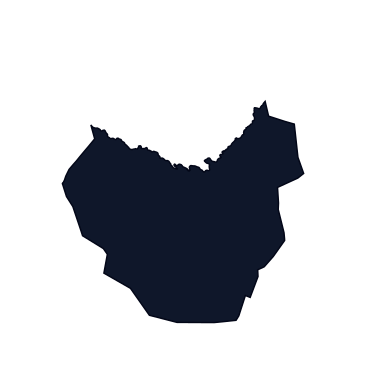 the district of Saixan, Bulgan, Mongolia, rotated 223°
{"feature_id": "93677404B96562605257028", "entity_name": "Saixan", "entity_type": "district", "adm_level": 2, "iso_a3": "MNG", "parent_name": "Mongolia", "parent_adm1": "Bulgan", "projection": "robinson", "projection_center": [102.704, 48.597], "detail": "fine", "context": "isolated", "style": "filled", "palette": "ink", "viewbox_px": 384, "rotation_deg": 223, "n_neighbors": 0, "source": "geoboundaries", "source_scale": "gbopen_adm2", "svg_char_len": 5945}
<svg xmlns="http://www.w3.org/2000/svg" viewBox="0 0 384 384"><g transform="rotate(223 192 192)"><path d="M72.3,128.2L73.3,133.3L82.4,152.7L77.6,154.6L86.1,175.2L90.9,179.9L88.2,186.6L88.6,200.2L91.2,219.7L92.3,220.8L97.0,225.0L117.0,238.0L121.2,242.9L132.6,253.7L124.1,274.4L123.0,281.7L138.2,289.6L163.5,311.4L172.1,307.0L187.7,299.7L200.3,308.1L200.2,305.9L200.0,304.8L199.5,304.0L199.5,303.8L199.8,303.0L199.9,302.5L199.7,301.9L199.8,301.4L199.8,301.2L199.4,300.0L199.3,299.5L199.4,299.1L199.5,298.8L199.8,298.6L200.2,298.4L201.7,297.7L203.2,296.7L203.7,296.3L203.7,295.9L203.5,295.5L202.8,294.9L202.2,294.0L202.0,293.8L200.6,292.8L200.5,292.6L200.5,292.3L200.5,291.3L200.4,290.9L200.3,290.7L199.8,290.2L199.4,290.0L197.8,289.5L197.0,289.0L196.6,288.6L196.0,287.9L195.4,286.7L196.0,285.6L196.1,285.2L195.8,284.7L194.7,283.5L194.6,283.3L194.6,282.8L194.9,282.1L195.2,281.7L195.1,279.6L195.3,279.3L195.5,278.4L195.8,277.6L195.6,276.6L195.7,276.4L196.1,276.1L196.2,275.9L196.2,275.7L195.9,275.4L195.5,275.3L195.3,275.1L195.2,275.0L195.4,274.4L195.5,274.1L195.6,273.6L195.8,273.1L195.6,271.9L195.4,271.6L195.0,271.3L194.7,270.6L193.9,270.0L193.5,269.4L193.5,269.2L194.0,268.2L194.0,267.8L193.8,267.2L193.8,266.3L193.4,265.9L193.4,264.9L193.7,264.0L194.3,262.9L194.7,262.5L195.1,262.1L196.3,261.8L196.5,261.7L196.6,261.2L196.5,260.5L196.6,260.3L196.6,260.2L196.2,260.0L195.7,260.3L195.6,260.2L195.8,259.8L195.7,257.4L195.8,256.1L195.9,255.7L195.7,254.1L195.7,253.8L195.2,252.9L195.2,252.6L195.2,252.3L195.4,251.8L195.7,251.2L195.8,250.7L196.2,250.3L196.3,249.8L196.3,249.4L196.1,249.1L195.4,248.5L195.3,248.0L195.4,247.9L195.6,247.7L195.9,246.7L196.0,246.4L195.9,246.2L196.1,245.7L196.1,245.4L196.2,244.4L196.0,243.9L196.1,243.6L196.2,243.4L196.4,243.2L196.7,243.2L196.7,243.3L196.7,243.5L196.9,243.6L197.0,243.5L197.1,242.8L197.3,242.4L197.3,242.1L197.2,241.8L197.1,241.6L196.7,241.5L195.7,241.3L195.4,241.0L195.5,240.6L195.6,240.3L196.0,239.6L196.5,239.1L196.7,238.8L196.8,238.5L196.6,237.8L196.3,237.6L196.0,237.4L194.6,237.3L194.4,237.2L194.3,236.8L194.3,236.4L194.9,235.7L195.1,235.3L195.4,233.8L195.4,233.5L195.2,233.1L195.2,232.6L195.1,232.4L194.7,232.0L194.6,231.7L194.5,231.3L194.6,230.9L194.9,230.1L195.2,229.9L196.7,229.2L197.5,228.6L198.1,228.3L198.8,228.2L199.4,228.2L200.5,228.4L201.7,228.7L202.2,228.7L202.5,228.6L202.8,228.4L203.4,227.5L203.5,227.2L203.5,226.0L203.5,225.8L203.9,225.3L204.0,224.9L204.2,224.2L204.3,223.9L204.3,223.5L204.0,223.2L203.8,223.1L203.6,223.1L202.5,223.1L201.3,223.1L200.9,223.2L200.2,223.6L198.9,224.1L198.7,224.1L198.3,224.1L198.0,224.0L197.6,223.7L197.4,223.4L197.3,223.0L197.2,222.8L195.6,221.3L194.5,220.7L194.3,220.4L194.1,220.0L194.2,219.3L194.6,218.8L195.6,218.3L196.2,217.8L196.4,217.4L196.6,216.7L196.6,216.4L196.4,215.7L196.6,215.2L196.8,215.0L197.0,214.8L197.3,214.7L197.8,214.6L198.1,214.6L199.2,214.8L199.6,214.8L200.6,214.4L201.4,214.3L202.3,214.4L202.8,214.6L203.6,214.7L204.0,214.6L205.1,214.0L207.3,213.2L207.7,213.0L209.1,211.8L210.8,210.6L211.1,210.0L211.1,209.0L210.9,208.4L210.7,208.2L209.5,207.5L208.9,206.9L208.7,206.7L208.3,206.5L208.3,206.2L208.3,205.9L208.5,205.6L208.8,205.2L209.2,205.0L209.7,204.9L211.0,205.1L210.8,205.4L209.9,205.5L210.1,205.6L211.1,205.6L212.0,205.5L213.0,205.2L214.3,204.8L215.0,204.5L215.5,204.3L216.3,204.3L216.8,204.4L217.0,204.5L218.5,204.6L218.9,204.4L219.8,204.0L220.1,203.8L220.4,203.4L220.6,202.9L220.7,202.5L220.6,201.5L220.8,201.3L221.2,200.9L221.7,200.7L222.1,200.6L223.4,200.7L223.6,200.6L223.8,200.4L223.8,200.1L223.8,199.8L223.3,199.3L223.0,199.1L222.7,199.1L221.9,199.1L221.2,199.3L220.6,199.4L220.0,199.1L218.7,199.1L218.5,198.8L218.5,198.6L218.8,198.4L221.9,197.0L222.8,197.0L223.7,197.2L224.2,197.4L224.5,197.4L225.0,197.4L225.3,197.3L226.3,197.6L226.9,198.1L227.8,198.1L229.1,198.5L229.9,198.6L230.6,198.5L231.1,198.4L231.5,198.1L232.6,197.1L233.3,196.8L234.6,196.9L235.5,196.9L236.1,196.8L236.9,196.5L237.4,196.0L237.7,195.5L237.9,195.3L238.3,195.0L238.5,195.0L239.0,195.5L239.4,195.8L239.8,195.9L240.3,196.0L240.8,195.9L241.8,196.0L242.2,196.2L243.1,196.9L243.4,197.1L244.6,197.1L245.2,196.9L245.8,196.5L247.1,196.0L247.7,195.6L248.0,195.3L248.2,194.6L248.6,194.0L249.0,193.9L249.4,193.9L249.7,194.0L249.9,194.0L250.4,193.7L251.2,193.6L251.9,193.2L252.3,192.8L252.6,192.7L253.1,192.6L253.4,192.7L254.8,193.5L255.4,193.5L255.7,193.3L255.9,192.6L256.2,191.9L256.3,191.2L257.5,190.4L257.7,190.1L258.0,189.7L258.7,189.3L258.9,189.2L259.3,189.6L259.3,189.8L259.6,190.2L260.5,190.6L261.1,190.6L261.5,190.4L262.2,189.4L262.3,189.1L261.7,188.6L261.6,188.4L261.6,187.8L261.4,187.5L261.5,186.9L261.3,186.3L261.3,186.2L261.4,185.9L261.5,185.7L261.8,185.6L262.4,185.4L262.7,185.3L263.2,184.6L263.3,184.1L263.7,183.7L264.1,183.4L264.4,182.8L264.8,182.1L266.0,181.3L266.4,181.2L267.1,181.0L267.5,181.0L268.8,181.4L270.4,181.3L271.1,181.5L271.9,181.5L272.6,181.4L273.3,181.3L274.2,181.5L275.0,181.9L275.5,181.9L277.3,181.5L278.2,181.4L278.5,181.4L279.1,181.8L279.6,181.9L280.1,181.8L281.0,181.3L281.3,181.1L282.1,181.1L282.6,181.0L283.2,180.5L283.5,180.0L283.5,179.8L283.2,179.2L283.5,178.4L283.8,178.1L284.2,178.0L285.6,177.6L286.2,177.5L286.5,177.3L287.3,176.3L287.7,175.6L288.0,175.4L288.7,175.3L289.2,175.4L290.5,175.1L291.6,175.0L291.8,175.1L293.0,176.4L293.2,176.5L293.7,176.6L294.0,176.6L295.3,176.7L297.4,177.5L298.2,177.5L298.4,177.4L299.1,176.5L299.3,176.1L299.4,175.4L299.6,175.0L300.1,174.7L300.9,174.7L301.6,174.9L302.0,174.9L303.3,174.7L304.8,174.2L305.3,173.7L305.9,173.1L306.6,172.6L308.1,171.9L308.7,171.8L309.7,171.8L310.1,171.8L311.7,172.1L299.4,164.5L298.8,154.9L298.5,148.4L298.1,141.1L297.7,135.6L297.6,131.3L297.3,124.7L295.1,117.5L293.1,113.1L293.1,112.5L292.7,111.7L292.7,111.0L292.7,110.3L292.4,109.6L292.0,109.5L280.7,103.1L269.2,100.1L247.2,88.2L242.2,85.4L218.2,90.2L211.4,88.7L201.1,72.6L171.3,79.6L139.1,72.8L114.1,86.4L86.9,111.5L80.9,118.3L72.3,128.2Z" fill="#0f172a" stroke="#020617" stroke-width="1.5"/></g></svg>